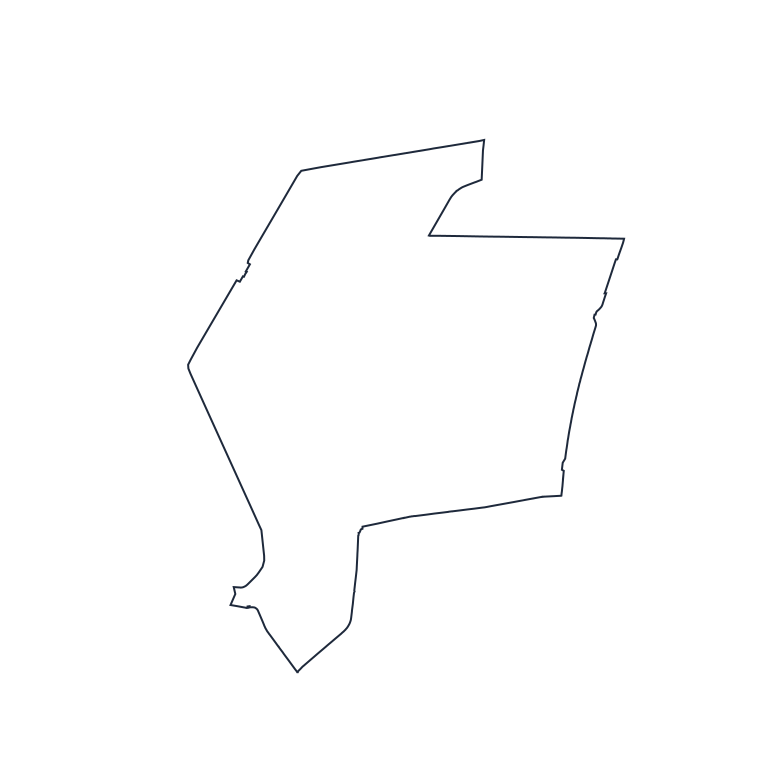 outline of Zeewolde, Flevoland, Netherlands, rotated 133°
{"feature_id": "6326949B99557124288359", "entity_name": "Zeewolde", "entity_type": "district", "adm_level": 2, "iso_a3": "NLD", "parent_name": "Netherlands", "parent_adm1": "Flevoland", "projection": "robinson", "projection_center": [5.473, 52.346], "detail": "fine", "context": "isolated", "style": "outline", "palette": "slate", "viewbox_px": 768, "rotation_deg": 133, "n_neighbors": 0, "source": "geoboundaries", "source_scale": "gbopen_adm2", "svg_char_len": 5578}
<svg xmlns="http://www.w3.org/2000/svg" viewBox="0 0 768 768"><g transform="rotate(133 384 384)"><path d="M137.2,477.2L141.1,479.9L171.2,503.1L178.1,508.5L181.1,510.7L221.6,542.0L222.2,542.4L242.8,558.3L244.8,559.8L246.5,561.1L253.9,566.8L268.3,577.9L276.1,583.7L284.5,589.9L290.9,589.4L324.4,581.8L366.6,572.3L374.1,570.6L386.1,567.6L388.4,566.2L387.9,563.7L396.0,561.8L395.6,560.9L398.2,560.5L399.7,560.0L401.1,559.6L401.5,560.6L407.5,559.2L408.7,562.5L455.1,552.1L479.6,546.6L484.9,545.4L498.0,542.0L503.5,540.4L506.1,537.6L508.4,532.7L511.5,525.3L523.5,496.6L536.1,466.3L540.8,455.0L549.7,433.6L558.2,413.2L564.3,398.5L572.3,379.4L574.5,374.0L591.4,354.5L594.8,351.2L600.6,348.1L606.3,347.2L607.8,347.0L609.7,346.8L610.4,346.7L611.1,346.7L612.0,346.7L612.6,346.7L613.1,346.7L623.8,347.1L624.6,347.2L625.4,347.3L626.0,347.4L626.9,347.7L627.9,348.1L628.6,348.4L629.1,348.7L629.5,349.0L629.9,349.3L630.3,349.7L630.7,350.0L630.9,350.4L632.4,352.2L633.7,353.8L635.0,355.4L639.0,349.5L639.9,349.2L650.3,345.5L646.3,339.4L642.8,333.9L642.3,333.2L642.1,332.8L641.9,332.4L641.5,331.8L641.4,331.8L641.2,331.5L640.9,331.2L639.8,332.1L638.2,330.8L639.2,330.0L638.6,329.6L638.1,329.1L637.6,328.6L637.1,328.1L636.8,327.7L636.4,327.2L636.0,326.7L635.7,326.1L635.5,325.6L635.4,324.9L635.3,324.2L635.3,323.5L635.3,323.0L635.5,322.3L635.7,321.6L636.0,321.0L637.7,317.1L640.4,311.0L641.9,307.7L642.5,306.5L643.0,305.2L643.4,304.3L643.6,303.7L643.9,302.6L644.3,301.5L644.6,300.3L644.8,299.0L645.1,297.9L645.2,297.0L645.6,294.8L646.0,292.7L647.9,282.9L647.9,282.3L648.0,282.3L648.7,278.6L649.3,275.1L649.8,272.9L650.9,266.8L653.3,254.2L653.4,253.4L653.5,253.1L653.5,252.8L654.0,250.1L654.0,250.3L653.9,250.3L653.8,250.5L653.7,250.6L653.4,250.8L653.2,250.8L652.9,250.9L651.7,250.9L649.4,250.8L647.8,250.8L647.0,250.8L646.3,250.8L645.5,250.7L644.9,250.6L642.0,250.3L627.3,248.7L617.9,247.6L616.9,247.5L616.3,247.4L615.9,247.4L615.5,247.3L615.1,247.3L613.3,247.1L603.9,246.0L597.3,245.2L597.1,245.2L595.7,245.0L594.9,245.0L593.1,244.8L592.4,244.7L591.7,244.7L590.9,244.7L590.2,244.6L589.4,244.7L588.7,244.7L588.0,244.7L587.2,244.8L586.5,244.9L585.8,245.0L585.1,245.2L584.4,245.3L583.9,245.5L583.3,245.6L582.7,245.8L582.1,246.0L581.5,246.3L580.9,246.5L580.3,246.8L579.7,247.1L579.1,247.4L578.5,247.8L577.2,248.7L575.7,249.8L573.5,251.4L572.4,252.2L571.7,252.8L569.6,254.3L566.1,256.8L560.6,261.0L557.2,263.5L555.7,264.1L555.6,264.3L555.5,264.6L555.4,264.8L555.0,265.1L549.5,269.2L544.7,272.7L543.9,273.3L540.8,275.6L540.0,276.2L539.3,276.7L538.4,277.4L537.7,278.0L537.0,278.6L536.3,279.2L528.1,286.1L526.6,287.4L525.3,288.5L524.2,289.4L522.9,290.5L512.5,299.4L512.1,299.4L511.9,299.5L510.5,300.6L510.4,300.7L510.2,301.0L509.6,300.6L509.3,300.6L509.0,300.7L506.7,301.5L506.4,301.7L506.0,301.7L505.7,301.6L505.4,301.5L504.6,301.0L503.0,302.4L489.9,293.1L489.7,293.0L489.6,292.9L482.2,287.8L473.9,282.0L470.0,279.3L468.4,278.2L468.5,278.1L464.4,275.3L463.5,274.7L462.7,274.0L461.8,273.4L461.1,272.7L460.4,272.2L459.8,271.7L459.4,271.2L450.4,263.7L444.4,258.8L438.5,253.8L433.6,249.7L433.4,249.6L433.2,249.5L430.6,247.3L430.5,247.1L430.3,247.0L425.2,242.7L419.3,237.8L413.4,232.8L407.7,228.1L405.6,226.3L404.0,225.1L400.3,222.4L391.2,215.6L382.1,208.8L373.0,202.1L364.0,195.4L360.9,193.1L360.1,192.5L359.5,192.0L358.8,191.4L358.2,190.9L357.4,190.2L357.4,190.3L355.9,188.8L350.1,183.2L344.9,178.2L344.7,178.1L342.9,179.5L341.3,180.6L338.8,182.5L337.3,183.6L329.9,189.4L330.0,189.4L324.9,193.3L325.4,195.4L319.7,199.6L315.0,200.6L310.4,203.9L307.4,206.0L306.6,206.5L303.7,208.5L302.0,209.7L299.9,211.2L298.0,212.4L295.2,214.3L292.5,216.1L289.5,218.0L287.9,219.0L286.4,220.0L284.1,221.4L282.8,222.3L282.1,222.7L281.1,223.4L279.4,224.4L277.5,225.6L275.6,226.7L273.6,228.0L271.3,229.3L268.9,230.8L268.4,231.1L266.5,232.2L264.5,233.3L262.5,234.5L260.5,235.6L258.6,236.8L256.6,237.9L254.6,239.0L252.6,240.1L250.6,241.3L248.5,242.3L246.5,243.5L244.5,244.5L242.4,245.6L240.4,246.7L238.3,247.8L236.3,248.8L232.2,251.0L230.1,252.1L228.1,253.1L226.0,254.2L223.9,255.2L221.9,256.2L219.8,257.3L217.7,258.4L215.7,259.4L213.6,260.4L212.3,261.1L211.2,261.6L208.8,262.8L206.1,264.2L203.7,265.4L201.2,266.6L199.1,267.6L197.1,268.6L196.7,268.8L195.9,269.5L195.5,269.9L195.3,270.2L195.0,270.5L194.9,270.8L194.0,272.5L193.0,274.7L192.8,275.4L192.4,275.8L192.0,276.0L189.7,277.3L189.0,276.6L187.2,277.5L186.4,277.8L185.6,277.9L184.8,277.8L182.9,277.6L180.9,277.6L179.2,277.7L178.0,278.0L176.7,278.5L174.9,279.4L172.5,280.5L170.0,281.7L166.2,283.4L166.3,283.5L167.2,284.5L166.6,284.7L146.4,294.0L138.0,297.9L135.3,299.1L134.6,299.4L134.4,299.2L133.8,298.4L133.4,298.5L132.1,299.1L129.5,300.3L127.0,301.4L124.9,302.3L121.2,303.9L119.9,304.5L118.3,305.2L117.1,305.8L115.8,306.5L114.5,307.2L114.0,307.5L119.3,313.4L122.3,316.7L123.1,317.7L125.3,320.1L125.6,320.5L131.6,327.1L139.9,336.4L146.1,343.3L153.3,351.2L160.6,359.3L167.8,367.2L171.4,371.2L174.6,374.7L175.1,375.3L178.4,378.9L182.3,383.2L196.5,398.9L202.9,405.9L210.7,414.5L217.8,422.4L225.0,430.4L239.7,446.6L240.0,446.9L243.7,450.9L244.2,451.4L244.2,451.5L244.3,451.5L244.8,452.4L215.0,459.3L204.4,461.8L203.3,462.0L202.4,462.2L201.4,462.4L200.4,462.5L199.1,462.6L198.2,462.6L196.5,462.6L195.2,462.6L194.0,462.5L193.4,462.7L193.2,462.7L192.6,462.3L191.6,462.1L191.3,462.1L190.7,462.0L189.1,461.6L187.2,461.1L185.9,460.6L184.4,459.9L182.9,459.2L181.4,458.5L174.3,455.0L174.2,454.9L172.8,454.2L171.3,453.5L168.0,451.9L167.6,452.2L167.3,452.5L166.7,453.0L158.0,460.4L150.5,466.8L145.7,470.9L141.6,473.9L137.2,477.2Z" fill="none" stroke="#1e293b" stroke-width="2"/></g></svg>